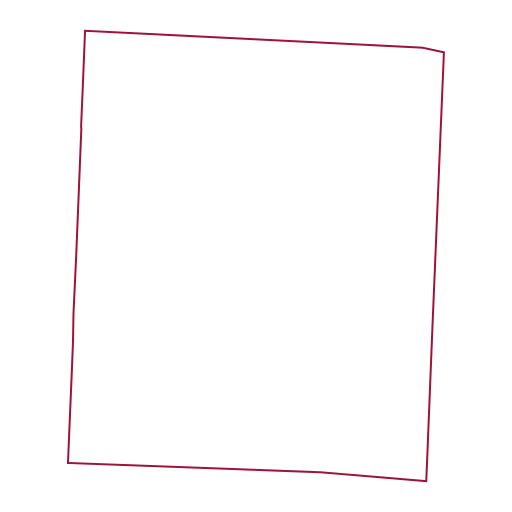 outline of Union, Indiana, United States of America, rotated 182°
{"feature_id": "52423323B55431880167171", "entity_name": "Union", "entity_type": "district", "adm_level": 2, "iso_a3": "USA", "parent_name": "United States of America", "parent_adm1": "Indiana", "projection": "mercator", "projection_center": [-84.88, 39.626], "detail": "fine", "context": "isolated", "style": "outline", "palette": "rose", "viewbox_px": 512, "rotation_deg": 182, "n_neighbors": 0, "source": "geoboundaries", "source_scale": "gbopen_adm2", "svg_char_len": 373}
<svg xmlns="http://www.w3.org/2000/svg" viewBox="0 0 512 512"><g transform="rotate(182 256 256)"><path d="M434.7,475.1L435.0,420.0L435.3,381.6L435.3,379.5L435.2,378.5L435.0,377.1L435.7,249.3L436.4,192.3L435.9,164.0L436.0,140.2L436.7,42.6L183.7,42.1L78.0,36.9L77.8,67.6L77.2,189.6L75.3,466.1L96.9,470.0L434.7,475.1Z" fill="none" stroke="#9f1239" stroke-width="2"/></g></svg>